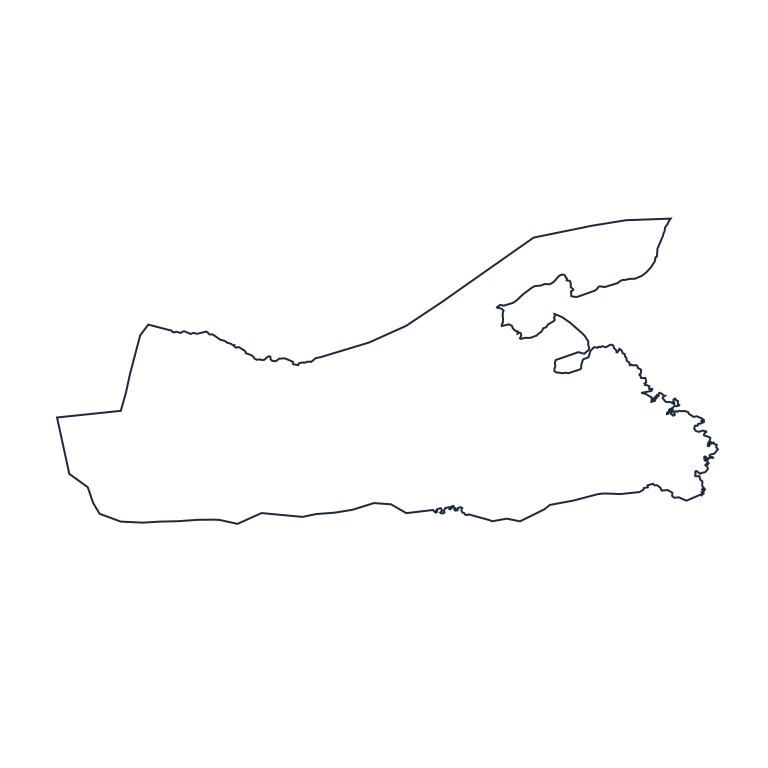 the district of Tes, Uvs, Mongolia, rotated 176°
{"feature_id": "93677404B95477416374821", "entity_name": "Tes", "entity_type": "district", "adm_level": 2, "iso_a3": "MNG", "parent_name": "Mongolia", "parent_adm1": "Uvs", "projection": "robinson", "projection_center": [93.296, 50.387], "detail": "fine", "context": "isolated", "style": "outline", "palette": "slate", "viewbox_px": 768, "rotation_deg": 176, "n_neighbors": 0, "source": "geoboundaries", "source_scale": "gbopen_adm2", "svg_char_len": 6024}
<svg xmlns="http://www.w3.org/2000/svg" viewBox="0 0 768 768"><g transform="rotate(176 384 384)"><path d="M86.5,529.0L131.1,530.5L165.5,527.4L224.6,519.6L321.8,461.0L358.0,440.4L396.1,426.4L445.8,415.1L450.2,414.6L455.0,411.2L458.1,411.6L462.3,410.7L463.4,411.2L466.6,410.8L467.4,410.4L468.5,408.7L469.9,409.4L473.0,409.9L473.5,410.8L473.3,412.5L481.1,416.5L486.7,416.6L490.3,414.3L494.0,414.9L495.4,416.7L495.5,419.2L496.7,419.7L498.2,419.2L501.8,416.4L504.4,416.5L506.0,417.2L509.4,417.1L511.7,418.7L512.1,420.0L514.4,422.0L519.7,424.4L520.1,426.4L525.7,430.6L526.8,431.0L528.5,430.5L530.4,431.4L530.5,433.2L531.9,433.2L533.9,434.8L537.4,436.1L539.9,438.1L544.1,439.5L551.2,445.3L554.6,445.6L556.5,447.9L557.8,448.7L567.1,447.1L570.6,448.3L573.4,447.4L579.4,450.5L580.7,450.5L583.4,449.1L587.2,450.6L589.8,450.1L591.2,450.6L592.0,451.8L593.0,452.3L615.0,459.7L623.9,449.4L636.9,411.0L642.1,393.1L648.4,375.6L712.5,373.4L704.2,316.3L686.7,301.7L682.5,285.8L676.8,274.4L656.2,265.1L634.2,262.5L618.6,262.4L598.8,261.5L579.0,261.5L562.5,260.5L557.3,259.8L539.9,254.7L515.2,263.8L474.6,257.1L460.7,259.0L442.3,259.1L424.3,260.7L402.4,265.9L385.4,263.5L370.7,253.6L343.8,254.9L342.9,253.4L341.3,252.1L339.9,252.7L339.9,254.0L340.7,254.2L340.2,255.1L336.4,256.2L335.9,256.0L334.8,253.6L336.9,251.8L336.2,251.1L334.0,250.7L332.7,251.6L333.1,252.9L332.4,253.9L332.5,254.6L331.5,256.0L327.6,256.5L326.7,255.8L327.4,254.8L326.3,254.4L325.8,255.4L325.9,256.4L324.2,255.9L324.0,256.8L324.6,257.2L323.9,257.6L323.2,257.3L323.1,256.2L321.8,255.3L321.6,254.5L322.5,253.7L321.6,252.7L319.6,252.8L319.2,253.3L319.6,254.3L319.2,255.0L316.3,255.8L314.6,254.8L315.7,252.9L315.5,252.0L314.8,250.4L313.0,249.5L311.9,247.8L310.0,247.4L308.8,248.1L288.1,240.8L285.9,239.5L270.8,241.1L257.9,237.5L232.7,247.8L227.0,251.8L203.2,254.5L177.8,259.3L171.3,259.4L155.7,257.7L136.6,258.4L132.6,260.5L132.0,262.1L128.0,262.5L128.2,264.5L122.6,265.7L121.1,264.0L118.6,264.0L117.5,263.0L115.5,261.2L114.5,258.3L108.3,258.4L104.0,255.5L104.3,252.1L102.5,250.3L97.8,250.4L90.5,246.5L75.5,251.7L75.0,250.8L72.8,252.4L73.1,252.9L74.2,252.4L73.8,253.3L74.4,253.9L72.8,254.2L72.5,254.6L73.2,255.4L71.3,255.3L74.6,257.3L71.5,256.3L71.2,256.7L73.4,259.6L73.7,260.9L73.1,264.6L75.2,266.4L75.7,269.6L76.3,270.2L79.2,270.1L79.9,270.5L80.0,271.5L79.4,272.7L79.7,274.4L79.0,275.4L78.1,275.3L75.0,272.4L72.9,273.3L70.5,273.4L69.0,274.2L66.7,276.9L67.5,279.5L68.9,280.2L69.1,280.7L67.9,281.4L66.4,281.4L65.9,282.0L67.3,282.3L66.3,283.1L66.9,284.4L69.4,285.4L69.1,286.3L69.7,287.1L69.7,288.7L69.0,289.3L68.0,289.0L67.5,288.0L67.6,286.0L65.7,286.2L65.7,287.2L64.6,287.7L61.0,287.4L61.3,288.2L64.1,288.7L64.2,290.1L63.3,290.8L59.4,291.5L55.5,295.5L57.1,297.8L56.3,300.1L58.7,301.0L59.3,302.6L61.1,301.8L61.5,303.1L62.0,303.1L63.1,301.6L63.4,300.1L64.3,299.3L65.3,299.7L65.0,301.9L62.9,305.0L62.2,307.3L63.0,308.2L68.4,310.5L68.0,312.2L65.8,313.7L65.9,314.2L69.5,315.3L73.2,314.3L76.1,315.3L77.7,317.7L76.7,320.7L74.5,320.4L73.7,321.0L73.8,321.6L73.1,322.5L71.3,322.3L67.5,323.8L67.7,324.4L69.7,324.3L70.1,324.9L69.6,325.3L68.0,324.9L67.4,325.2L67.4,325.7L69.2,327.4L73.4,329.6L74.8,330.0L77.2,329.5L81.8,332.8L82.6,334.8L86.3,336.2L88.8,336.0L91.4,336.7L93.3,335.8L94.8,336.5L95.9,336.3L96.6,334.9L96.0,333.1L97.6,332.2L99.9,334.3L97.7,337.4L97.7,338.0L98.2,338.2L101.9,335.6L102.8,334.3L103.8,334.2L103.7,335.5L101.8,336.7L101.5,338.2L100.5,339.0L97.3,340.2L96.5,341.4L95.5,341.8L93.7,341.4L91.1,342.0L90.9,342.4L92.1,343.3L92.0,346.5L93.8,347.5L94.4,349.1L96.3,348.3L96.3,346.4L97.0,346.0L95.7,345.1L95.6,344.0L96.2,343.8L99.2,345.9L103.6,346.4L104.6,347.1L107.1,350.5L106.7,351.4L104.6,352.7L106.1,353.0L107.4,354.9L109.9,356.0L110.9,354.9L110.7,353.1L111.1,352.8L112.6,353.8L113.2,352.6L112.8,351.4L113.1,350.7L114.1,350.4L113.9,351.6L114.2,352.2L116.3,350.3L116.3,349.5L114.8,348.7L115.1,348.2L118.5,347.6L117.8,351.8L123.6,355.8L128.0,357.2L117.9,358.4L116.6,360.1L116.9,360.5L119.5,360.3L119.9,361.2L119.4,363.2L121.9,364.5L123.6,364.7L123.6,365.5L124.1,366.2L122.3,367.3L122.7,371.4L123.1,371.8L126.9,371.9L127.3,372.2L127.5,374.2L128.5,375.1L128.4,375.9L127.5,376.2L126.8,377.5L126.5,380.3L129.7,382.4L129.9,384.2L131.3,385.3L134.0,385.1L136.0,386.1L136.9,385.4L137.5,385.5L137.9,388.5L140.2,390.1L140.5,393.5L141.6,394.5L141.8,397.0L143.6,397.9L144.6,400.8L146.7,402.7L148.0,400.2L149.2,399.2L149.8,399.4L150.0,401.6L152.2,403.9L152.5,406.0L153.2,406.9L154.6,407.4L156.1,407.1L159.9,405.2L163.9,406.5L165.7,405.6L167.0,406.2L168.5,405.2L169.9,405.8L172.2,405.9L175.8,402.5L178.1,396.4L183.3,394.8L184.3,393.4L185.9,389.0L186.3,385.7L187.4,384.9L199.2,381.9L201.9,382.6L205.1,382.3L211.7,383.7L213.1,385.0L213.0,387.1L211.9,389.8L212.1,393.4L210.8,396.0L187.9,402.2L182.2,400.2L177.6,403.6L176.8,405.6L177.5,408.5L177.3,412.7L179.1,415.2L179.8,417.2L182.5,420.5L194.2,432.3L202.0,438.5L209.1,442.0L208.9,439.5L209.9,438.1L209.1,436.6L209.7,435.2L216.2,432.0L218.2,429.3L221.2,428.5L223.3,425.2L226.6,423.3L228.3,421.7L234.9,419.8L240.6,420.2L244.3,419.4L245.2,420.1L243.6,422.8L244.1,425.1L245.1,425.8L247.3,424.9L246.9,427.1L249.1,427.8L250.5,429.2L251.9,431.0L252.0,432.4L252.7,433.3L255.2,434.8L262.4,433.6L262.4,435.1L261.0,437.1L261.1,438.7L260.6,440.4L260.9,444.3L260.6,444.8L260.6,446.8L259.6,448.8L261.3,450.7L264.1,452.0L265.6,452.0L266.0,452.7L262.6,454.8L259.1,453.8L249.8,455.9L245.9,458.1L239.2,463.7L228.9,470.3L226.6,471.1L220.5,471.3L217.0,472.5L211.6,471.9L207.4,474.1L201.7,479.8L199.1,480.7L197.0,480.5L195.8,479.4L194.8,476.9L194.1,476.4L194.5,474.6L191.7,474.0L190.9,473.2L191.1,472.1L190.6,471.1L191.0,467.8L188.5,465.1L189.1,464.2L191.0,463.4L191.0,458.7L188.7,457.8L185.1,457.4L167.6,462.3L165.0,463.7L163.2,466.1L161.2,466.3L157.2,465.3L144.1,468.3L141.1,470.3L138.8,471.2L136.0,471.0L132.4,471.7L126.3,471.5L119.3,473.9L114.9,476.8L109.9,481.4L105.5,487.2L104.9,488.4L104.5,491.3L102.8,492.2L101.8,499.8L95.3,512.5L94.6,515.0L93.6,516.4L92.4,521.0L90.0,523.7L88.3,526.9L86.5,529.0Z" fill="none" stroke="#1e293b" stroke-width="2"/></g></svg>